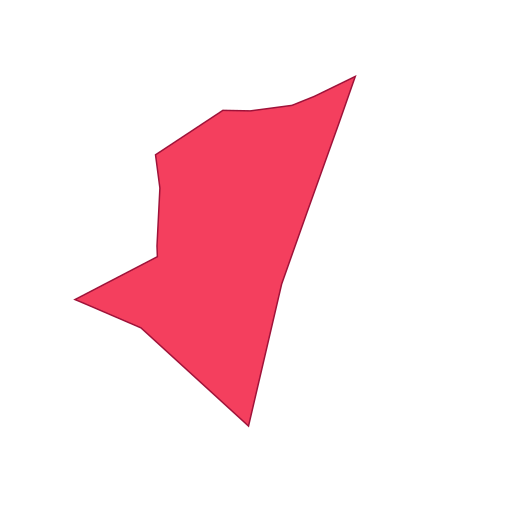 outline of Malhada dos Bois, Sergipe, Brazil, rotated 239°
{"feature_id": "56859067B82307883528115", "entity_name": "Malhada dos Bois", "entity_type": "district", "adm_level": 2, "iso_a3": "BRA", "parent_name": "Brazil", "parent_adm1": "Sergipe", "projection": "natural_earth1", "projection_center": [-36.937, -10.335], "detail": "fine", "context": "isolated", "style": "filled", "palette": "rose", "viewbox_px": 512, "rotation_deg": 239, "n_neighbors": 0, "source": "geoboundaries", "source_scale": "gbopen_adm2", "svg_char_len": 397}
<svg xmlns="http://www.w3.org/2000/svg" viewBox="0 0 512 512"><g transform="rotate(239 256 256)"><path d="M114.1,162.0L218.8,263.6L243.5,293.5L267.8,323.0L327.3,395.7L358.8,433.6L362.8,388.1L364.5,377.5L366.6,364.4L383.3,325.9L397.9,302.6L394.5,222.0L363.7,208.6L315.6,176.3L306.2,171.1L311.9,78.4L303.3,84.7L253.6,120.4L114.1,162.0Z" fill="#f43f5e" stroke="#9f1239" stroke-width="1.5"/></g></svg>